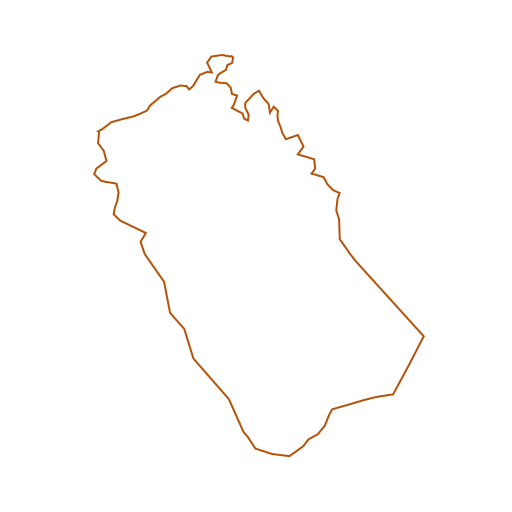 Palaiomylos, Limassol, Cyprus (Equal Earth projection), rotated 13°
{"feature_id": "46923920B61941903243281", "entity_name": "Palaiomylos", "entity_type": "district", "adm_level": 2, "iso_a3": "CYP", "parent_name": "Cyprus", "parent_adm1": "Limassol", "projection": "equal_earth", "projection_center": [32.822, 34.928], "detail": "fine", "context": "isolated", "style": "outline", "palette": "amber", "viewbox_px": 512, "rotation_deg": 13, "n_neighbors": 0, "source": "geoboundaries", "source_scale": "gbopen_adm2", "svg_char_len": 1512}
<svg xmlns="http://www.w3.org/2000/svg" viewBox="0 0 512 512"><g transform="rotate(13 256 256)"><path d="M107.9,247.4L115.8,252.1L143.5,258.4L140.3,268.2L147.2,279.2L172.2,301.8L185.1,330.8L202.5,343.2L218.1,370.0L261.8,401.6L283.4,430.3L288.9,434.3L298.7,443.8L316.2,445.3L333.6,443.5L344.7,430.9L348.5,422.7L356.3,415.8L361.2,405.9L363.0,394.5L364.7,388.3L393.4,372.2L404.6,366.4L420.7,360.0L429.6,327.6L437.5,296.5L353.6,238.1L345.8,231.6L333.8,220.7L328.7,201.5L324.0,193.7L322.6,182.0L323.4,175.9L316.1,174.4L309.5,170.1L304.2,164.0L291.6,163.2L294.0,157.5L290.9,148.7L281.7,148.0L273.9,147.6L277.7,138.7L269.5,128.7L258.9,135.5L254.1,130.3L250.4,124.0L247.0,119.5L245.3,114.2L244.7,109.6L239.7,106.6L237.4,113.2L234.2,105.2L227.5,100.4L221.7,94.3L217.4,98.4L211.1,109.3L212.1,113.8L217.1,120.1L217.7,125.8L213.5,124.8L210.8,120.1L206.5,119.1L199.1,117.1L200.4,113.4L201.5,104.0L196.1,103.5L193.5,97.7L188.6,94.3L180.8,95.4L177.4,95.3L178.1,88.5L180.3,85.7L185.0,81.2L185.0,76.6L189.3,73.2L189.0,67.7L187.3,66.7L186.1,67.4L177.3,67.9L167.7,71.7L164.9,78.5L171.7,87.2L167.2,87.5L160.6,92.0L158.4,98.5L156.5,104.5L153.4,108.8L150.1,106.1L143.4,107.0L142.5,107.9L136.8,111.2L131.6,118.4L127.1,122.2L118.9,133.2L117.1,138.8L111.3,143.3L105.1,147.6L94.9,152.7L85.0,158.1L78.0,166.6L74.5,169.8L75.1,169.8L76.7,181.6L84.2,188.0L88.9,197.1L80.7,206.8L80.0,212.7L88.2,217.6L92.8,217.6L100.8,217.0L103.8,217.0L107.8,225.0L108.5,233.9L107.6,240.3L107.9,247.4Z" fill="none" stroke="#b45309" stroke-width="2"/></g></svg>